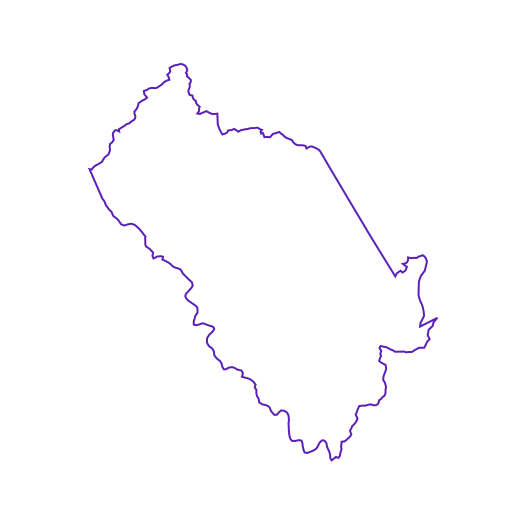 Pirenópolis, Goiás, Brazil (Mercator projection), rotated 129°
{"feature_id": "56859067B31927266402805", "entity_name": "Pirenópolis", "entity_type": "district", "adm_level": 2, "iso_a3": "BRA", "parent_name": "Brazil", "parent_adm1": "Goiás", "projection": "mercator", "projection_center": [-48.996, -15.826], "detail": "fine", "context": "isolated", "style": "outline", "palette": "violet", "viewbox_px": 512, "rotation_deg": 129, "n_neighbors": 0, "source": "geoboundaries", "source_scale": "gbopen_adm2", "svg_char_len": 5267}
<svg xmlns="http://www.w3.org/2000/svg" viewBox="0 0 512 512"><g transform="rotate(129 256 256)"><path d="M312.0,353.4L313.2,352.1L316.6,349.4L317.7,347.8L317.7,346.0L317.4,343.0L318.1,338.2L321.1,336.5L322.4,334.1L320.5,333.2L318.5,332.4L315.8,329.5L315.1,327.8L317.7,326.5L317.0,324.2L316.2,319.9L316.0,316.9L316.5,314.5L315.9,311.7L314.7,308.7L314.0,306.6L314.7,303.9L315.6,302.1L315.9,299.7L316.2,296.6L316.5,294.0L316.6,292.3L316.7,289.4L318.6,286.7L321.6,286.1L323.4,286.3L326.5,286.4L329.7,286.7L331.9,285.5L333.0,283.1L333.3,279.9L332.7,273.1L332.7,270.0L333.8,268.3L335.1,267.2L336.4,266.1L338.4,265.6L341.2,265.4L343.5,264.1L345.6,263.5L348.5,261.2L347.5,259.0L344.6,256.8L342.4,255.6L341.2,253.8L340.7,252.1L340.1,250.1L339.4,248.2L338.6,246.6L338.1,244.2L339.2,242.4L341.5,242.1L344.0,242.4L346.6,242.8L350.7,242.3L354.1,239.7L355.0,237.8L355.7,235.3L355.4,232.9L355.8,230.5L357.0,228.3L359.4,225.9L360.3,222.3L360.3,217.7L361.1,215.3L363.6,211.9L364.3,209.6L362.7,207.9L360.2,207.1L358.1,205.4L356.8,203.5L356.4,201.6L355.9,198.7L354.2,195.5L354.9,192.9L356.9,191.6L358.7,191.0L357.7,188.6L356.6,186.3L355.6,183.6L355.3,181.0L355.4,178.3L356.3,175.3L358.9,174.4L359.9,171.3L362.4,169.4L364.2,167.1L365.3,164.2L367.8,161.1L367.3,157.7L365.8,154.7L365.0,151.9L365.2,150.1L366.2,148.3L367.2,146.3L367.9,141.8L366.3,139.9L362.4,139.7L360.2,139.3L358.5,136.6L358.2,133.2L359.0,131.2L360.3,129.5L362.6,127.3L365.8,125.2L368.2,123.0L370.1,121.4L372.0,119.6L373.6,118.0L375.5,115.8L376.7,113.5L377.0,111.5L374.8,108.9L372.2,106.9L370.8,104.4L372.2,102.2L374.3,100.1L376.5,97.4L378.1,94.6L376.6,92.0L373.7,90.5L372.1,89.5L369.9,88.5L368.1,88.0L366.1,88.0L364.4,88.4L362.6,88.7L360.9,89.1L357.7,88.7L356.6,87.1L356.6,85.2L357.3,83.3L359.4,80.9L360.9,78.2L361.7,76.3L362.9,74.6L364.0,73.2L365.3,72.0L366.8,70.3L367.1,68.5L361.9,67.5L361.1,65.0L358.5,65.0L356.2,66.4L352.1,68.1L350.2,70.3L348.1,71.3L346.5,72.6L344.6,70.7L342.4,70.0L340.0,69.7L336.6,69.3L334.6,69.7L332.6,73.1L330.0,73.4L327.7,74.2L325.2,73.8L322.5,73.8L320.4,74.2L318.4,74.8L316.6,78.7L314.7,79.2L310.6,80.6L307.5,81.3L305.0,78.7L303.3,76.7L301.3,75.4L299.1,73.5L297.9,70.5L296.5,69.0L294.6,68.1L292.6,68.5L290.7,69.5L288.2,68.8L286.1,68.9L284.0,68.3L281.5,68.8L277.7,71.6L275.7,72.7L274.5,74.5L273.3,76.1L272.3,79.2L269.5,81.0L267.7,81.7L265.8,82.4L263.7,83.0L261.4,84.1L259.1,86.8L259.9,90.4L260.1,92.3L260.0,94.3L257.7,95.2L255.0,95.9L253.9,97.8L250.9,99.0L249.8,102.2L247.6,102.5L246.0,99.4L244.7,96.9L244.4,95.1L243.8,92.1L243.0,89.8L243.0,88.0L241.9,86.5L239.5,83.6L237.3,81.1L236.3,78.7L233.9,76.3L232.7,74.6L230.6,73.8L228.9,73.3L224.6,71.5L223.4,69.8L221.3,67.5L214.8,69.0L211.3,68.8L209.6,72.6L204.7,75.4L199.3,74.7L195.8,76.3L189.9,76.1L207.6,84.1L204.4,86.0L196.8,87.7L193.4,91.0L189.8,95.6L187.0,101.2L184.0,105.2L173.9,112.9L170.9,114.3L167.7,115.3L161.2,115.6L157.5,117.3L154.5,118.7L152.6,119.8L150.9,122.4L150.3,125.0L150.5,127.0L152.3,127.9L154.1,129.3L156.5,129.9L157.6,131.6L160.1,134.2L161.4,136.9L163.4,135.3L165.7,134.7L167.3,135.0L169.7,136.9L169.7,134.7L169.5,131.8L173.5,130.7L176.7,131.8L176.4,134.3L178.3,135.0L180.8,135.6L184.2,134.9L169.1,178.0L167.9,181.1L167.3,183.0L163.5,193.2L152.7,222.6L151.9,224.7L141.3,253.4L134.3,271.8L133.9,273.8L134.3,276.2L134.8,278.6L135.7,281.6L137.4,283.1L139.1,283.9L140.7,284.4L139.3,286.9L140.6,289.4L142.6,291.9L143.8,293.7L144.4,296.3L144.1,299.1L143.3,301.2L144.1,303.6L144.8,305.9L145.3,308.4L144.9,311.3L145.1,313.5L144.9,316.0L147.2,317.4L148.9,318.5L150.6,319.8L152.5,319.7L154.9,319.9L156.3,322.0L158.3,324.3L157.2,326.1L156.1,328.1L157.6,329.1L156.7,330.6L154.3,330.7L155.1,333.0L155.1,334.9L156.1,336.5L157.6,337.7L158.7,339.2L160.5,341.0L162.4,342.3L164.2,344.0L166.0,345.5L167.8,347.0L170.5,347.9L170.6,350.4L171.0,353.0L173.2,354.0L176.0,356.7L178.1,356.1L180.7,357.2L182.7,358.7L181.9,360.7L180.4,364.3L177.9,368.4L172.1,373.5L169.7,375.6L173.1,379.0L174.0,382.1L174.7,385.8L180.9,389.0L182.2,391.2L179.1,391.5L177.4,393.0L175.4,393.7L175.4,397.1L174.8,398.8L173.5,400.0L173.4,402.2L173.0,404.4L171.3,406.4L172.6,409.0L171.0,411.8L169.6,412.8L167.3,413.5L165.6,414.3L164.0,416.1L161.8,416.2L160.2,417.4L159.8,420.2L159.8,422.8L158.2,423.9L157.8,425.7L155.1,426.1L153.4,428.4L152.6,430.9L153.2,433.4L154.1,435.4L156.3,436.9L159.0,439.2L161.8,440.6L164.2,441.5L166.6,438.7L168.4,438.6L170.9,439.0L171.9,436.5L173.5,434.2L176.2,435.9L178.8,436.9L181.9,437.1L184.2,437.8L188.1,439.1L189.7,440.9L190.8,442.7L193.4,444.7L195.8,445.4L198.3,447.0L200.7,444.4L201.0,442.4L201.5,440.3L204.6,441.1L206.4,442.0L208.8,442.8L211.1,443.4L214.6,441.8L217.3,441.3L220.2,441.4L221.8,440.1L223.4,437.6L225.2,436.6L227.0,436.5L228.8,437.1L230.6,437.8L232.4,437.8L234.9,439.5L237.1,440.0L241.2,441.4L243.8,442.3L245.3,440.7L245.6,442.7L246.9,444.6L249.9,444.6L251.7,443.8L254.0,441.2L255.4,439.6L257.9,439.3L260.8,439.9L263.3,438.4L265.6,436.1L269.6,434.6L275.0,435.7L279.9,435.0L284.1,436.5L287.1,437.8L289.7,438.2L292.1,438.1L293.3,440.0L306.9,413.8L308.0,411.8L308.9,408.2L310.9,404.7L312.4,399.4L312.6,396.2L314.7,392.2L314.6,387.1L314.9,385.0L316.2,381.0L315.4,377.7L311.9,375.4L309.3,373.1L308.1,369.6L308.2,366.2L308.6,362.6L309.3,359.1L309.9,356.9L310.4,354.2L312.0,353.4Z" fill="none" stroke="#5b21b6" stroke-width="2"/></g></svg>